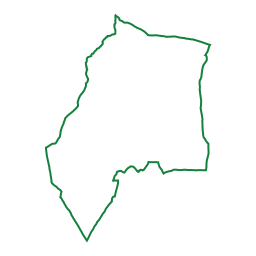 Kondoa, Dodoma, United Republic of Tanzania (Equal Earth projection)
{"feature_id": "72390352B62044183520375", "entity_name": "Kondoa", "entity_type": "district", "adm_level": 2, "iso_a3": "TZA", "parent_name": "United Republic of Tanzania", "parent_adm1": "Dodoma", "projection": "equal_earth", "projection_center": [35.881, -4.78], "detail": "fine", "context": "isolated", "style": "outline", "palette": "green", "viewbox_px": 256, "rotation_deg": 0, "n_neighbors": 0, "source": "geoboundaries", "source_scale": "gbopen_adm2", "svg_char_len": 5671}
<svg xmlns="http://www.w3.org/2000/svg" viewBox="0 0 256 256"><path d="M206.0,170.2L206.2,169.0L206.2,168.5L206.4,167.4L206.5,163.4L206.7,161.4L206.9,160.1L207.7,157.3L207.8,156.6L208.3,155.0L208.5,154.0L208.5,152.9L208.6,151.9L208.4,148.4L208.4,147.6L208.3,145.6L208.5,144.5L208.4,143.9L208.2,143.5L207.7,143.2L207.5,142.7L206.5,141.7L205.2,139.5L204.8,138.7L204.5,138.3L204.1,137.9L203.7,137.3L203.3,135.9L203.2,134.7L203.0,134.2L203.0,133.5L203.1,132.8L202.9,132.2L202.7,130.5L202.7,129.9L202.6,129.4L202.7,128.3L202.5,127.2L202.5,124.9L202.4,122.3L202.2,120.9L202.5,120.0L202.5,119.3L201.9,115.1L201.7,114.0L201.4,113.0L201.4,112.6L200.6,108.1L200.8,107.1L200.9,105.5L201.0,104.7L201.2,101.1L199.7,90.0L199.9,87.2L199.8,85.5L199.6,84.5L199.6,81.6L199.7,80.9L200.0,80.1L200.6,79.1L201.2,77.6L201.5,75.9L201.7,73.7L202.0,71.3L202.8,67.1L203.3,65.4L205.7,61.8L206.7,60.5L206.8,58.2L206.6,56.6L206.1,55.6L205.4,55.2L205.7,55.0L205.7,54.9L206.3,53.5L207.0,52.5L207.3,52.0L208.3,49.5L208.7,47.7L209.2,46.1L210.0,44.9L206.5,43.8L201.2,41.9L192.9,39.4L191.7,39.4L186.7,38.6L185.7,38.6L185.0,38.2L181.9,37.8L179.7,37.6L177.4,37.0L175.6,36.6L173.3,36.4L172.0,36.6L166.3,36.8L163.8,36.2L161.6,36.0L159.1,35.7L156.9,35.3L153.5,35.3L152.3,35.5L150.9,35.3L149.1,35.3L148.1,35.1L148.1,34.9L147.9,34.8L146.2,33.2L144.5,31.7L141.3,29.6L139.8,28.9L137.6,28.1L135.2,26.7L134.4,26.3L133.8,25.8L132.6,25.0L130.6,23.8L129.8,23.6L128.0,22.8L127.3,22.6L125.6,22.7L125.0,22.6L124.3,22.6L124.0,22.5L123.3,22.1L122.9,21.6L122.6,21.3L120.1,20.3L119.8,20.1L119.5,19.7L119.1,18.6L119.0,18.1L118.8,17.8L118.5,17.6L117.7,17.1L117.6,16.9L117.0,16.5L116.1,16.0L115.5,15.4L115.4,15.6L115.4,16.5L115.5,19.1L115.3,21.0L115.4,22.5L115.5,22.9L114.8,24.2L114.5,25.8L114.4,25.7L114.4,26.5L114.4,27.3L114.9,28.9L115.4,30.0L115.3,33.6L115.2,33.8L114.7,34.1L114.2,34.3L113.7,34.3L112.7,34.4L111.9,34.7L110.6,35.6L109.2,36.0L108.6,36.2L108.3,36.2L108.2,36.0L107.8,36.0L107.5,36.0L107.3,36.3L107.1,36.7L106.7,37.4L106.3,37.5L105.8,37.5L105.3,38.3L105.0,38.7L104.6,39.1L104.3,39.2L104.0,39.5L103.2,40.6L102.7,41.3L102.5,41.7L102.5,42.3L102.9,43.0L102.5,44.3L102.2,44.6L101.6,45.0L101.4,45.3L101.1,45.8L100.4,46.6L99.7,47.0L99.3,47.7L98.5,48.3L97.6,48.5L97.0,48.8L95.9,50.5L95.6,50.7L95.3,50.8L94.5,51.7L94.2,52.2L93.6,52.9L93.4,53.4L93.3,53.6L92.1,53.8L91.9,53.9L91.5,54.5L91.3,56.0L90.2,56.4L87.9,57.2L87.5,57.5L87.2,58.0L86.9,58.7L86.9,59.0L86.7,60.1L86.8,60.7L86.7,61.3L86.5,62.1L85.8,62.7L85.8,62.9L85.9,63.4L85.9,64.7L86.4,65.9L86.2,66.5L86.2,66.8L86.4,66.9L86.5,66.8L86.7,67.4L86.8,68.2L86.8,68.8L87.1,69.2L86.8,69.4L87.0,70.0L86.7,70.7L86.4,72.1L86.0,73.2L86.0,73.7L86.2,74.3L86.5,75.6L87.4,77.6L88.0,78.6L88.1,79.6L87.8,80.7L87.4,81.8L87.0,82.4L86.1,83.2L85.9,83.5L86.0,84.5L85.9,85.7L85.7,86.8L85.0,88.1L84.6,89.5L84.2,90.6L83.6,91.2L82.3,93.1L81.7,93.7L80.8,94.8L79.9,96.2L78.9,98.3L78.6,99.0L78.0,101.2L77.7,102.0L77.7,103.0L78.0,104.4L78.0,104.9L78.0,105.7L77.9,106.2L77.6,106.6L75.5,109.0L74.9,109.5L73.9,110.4L73.7,110.6L73.5,110.9L72.7,111.6L71.5,112.5L67.5,115.8L65.7,117.8L65.4,118.0L65.0,119.0L64.7,120.3L64.0,121.7L63.5,123.8L62.6,125.7L61.7,127.8L61.1,129.7L60.7,131.0L60.3,134.5L59.7,137.1L59.0,138.0L58.6,138.4L58.0,139.3L57.0,141.1L56.3,142.4L55.7,143.1L55.0,143.6L52.8,143.7L52.2,143.9L51.4,144.3L50.7,144.8L49.8,145.3L47.2,147.1L46.0,147.6L46.0,148.8L46.9,155.9L47.2,157.4L48.2,162.0L48.6,163.9L49.4,167.3L49.5,168.9L49.8,170.6L50.3,172.4L50.5,174.2L50.8,176.4L51.3,179.0L51.5,181.1L51.5,182.0L51.8,182.9L52.2,183.5L52.8,183.9L53.5,184.7L54.9,185.8L55.6,186.1L56.4,186.8L57.3,187.6L58.1,188.7L58.6,188.9L60.3,190.1L60.9,190.8L61.5,191.5L61.2,192.6L60.9,194.0L60.7,195.6L60.4,197.1L60.5,197.1L61.8,199.0L62.6,200.7L63.2,201.4L63.4,201.9L64.0,202.7L64.3,203.5L64.7,204.3L65.5,205.5L66.2,206.9L68.1,209.4L69.2,210.4L69.4,210.7L69.7,211.2L70.0,211.8L70.9,213.3L71.4,214.9L72.5,216.7L73.2,218.0L75.9,222.3L77.9,225.4L80.4,230.0L81.5,231.8L82.6,234.0L83.8,235.9L84.7,237.2L85.7,238.9L86.9,240.6L88.6,237.4L90.9,232.6L92.0,230.7L92.7,229.9L93.4,228.7L94.4,226.5L96.2,224.1L96.7,223.2L97.0,222.4L97.4,221.6L98.5,220.7L100.4,217.8L103.2,213.1L103.7,212.7L104.1,212.3L105.4,210.0L105.7,209.1L106.1,208.4L107.5,206.7L108.1,205.8L109.4,204.1L110.0,203.6L111.5,201.8L111.9,201.4L111.7,200.9L111.9,200.2L112.0,198.6L112.5,197.9L112.8,197.1L113.5,196.6L114.1,196.5L114.7,196.6L115.0,195.8L115.9,191.5L117.0,187.6L118.0,183.5L118.1,182.5L118.1,181.3L118.0,180.5L117.2,180.5L116.1,180.6L114.5,180.4L114.2,180.5L113.5,180.8L113.2,180.8L113.1,180.5L113.5,179.8L114.5,176.5L114.6,176.2L115.8,174.9L116.4,173.9L117.1,171.8L118.4,171.3L120.2,170.9L120.8,170.9L121.4,171.2L123.3,172.3L124.3,172.6L124.6,172.3L125.1,171.6L126.0,170.3L126.5,169.6L127.9,168.2L128.9,167.5L129.5,167.3L130.0,166.8L130.3,166.5L130.7,166.4L132.8,166.6L133.7,167.0L134.7,168.0L136.4,170.0L137.2,171.2L137.7,171.6L138.6,171.9L139.0,171.3L139.1,170.6L139.3,170.4L139.7,170.5L139.9,170.4L140.2,170.0L140.5,169.8L141.0,170.1L141.8,169.9L142.1,169.9L142.6,170.4L142.8,170.4L143.3,170.1L143.5,170.1L144.8,168.5L145.5,167.4L147.7,164.4L148.3,163.0L148.5,162.0L150.4,162.2L154.5,162.2L156.2,162.1L157.3,162.3L158.2,162.3L158.2,162.8L158.4,163.4L159.1,165.8L159.5,166.9L161.3,169.3L161.8,169.8L162.2,170.9L163.1,172.8L163.6,173.5L163.9,173.2L166.0,172.1L167.6,171.7L168.5,171.4L169.9,171.1L171.3,171.0L171.9,170.5L172.5,170.3L173.0,170.0L173.8,169.7L174.4,169.7L175.7,169.7L177.3,169.8L178.7,170.1L181.7,170.0L182.5,170.0L183.0,169.8L184.5,169.7L187.6,170.0L189.4,170.0L190.0,170.1L190.8,170.1L191.5,170.0L192.3,170.1L194.6,170.1L195.9,170.4L197.6,170.2L199.9,170.1L204.9,170.3L206.0,170.2Z" fill="none" stroke="#15803d" stroke-width="2"/></svg>